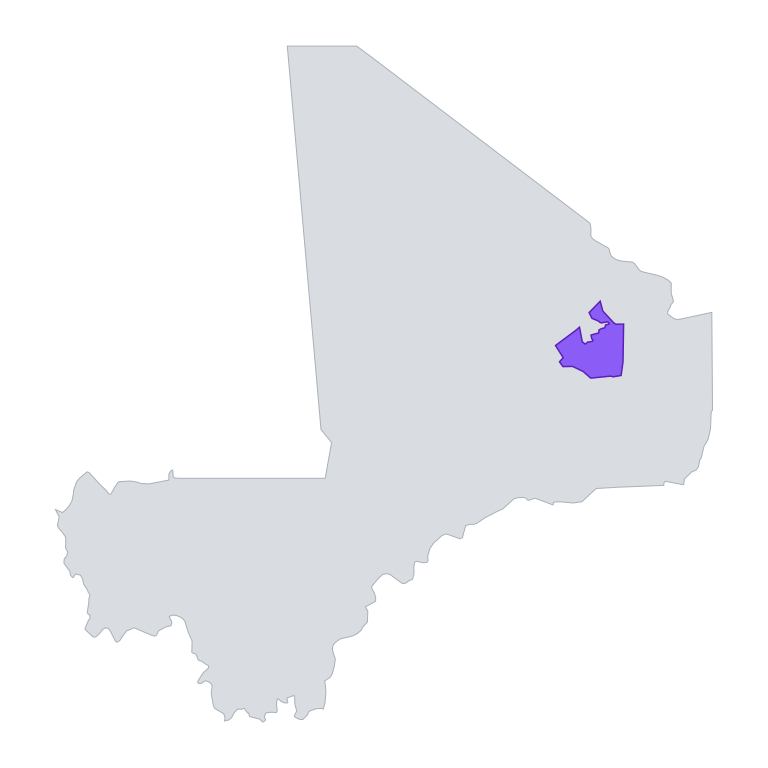 Kidal, Kidal, Mali shown in context
{"feature_id": "8926073B1219027063836", "entity_name": "Kidal", "entity_type": "district", "adm_level": 2, "iso_a3": "MLI", "parent_name": "Mali", "parent_adm1": "Kidal", "projection": "robinson", "projection_center": [1.27, 18.544], "detail": "fine", "context": "in_parent", "style": "filled", "palette": "violet", "viewbox_px": 768, "rotation_deg": 0, "n_neighbors": 0, "source": "geoboundaries", "source_scale": "gbopen_adm2", "svg_char_len": 4259}
<svg xmlns="http://www.w3.org/2000/svg" viewBox="0 0 768 768"><path d="M89.7,619.0L90.0,615.6L87.4,613.2L87.3,612.1L88.9,602.1L88.8,599.6L89.9,594.6L88.2,592.3L87.8,590.6L83.7,584.2L82.5,578.7L80.4,575.1L75.5,574.0L73.7,577.0L72.5,577.6L70.7,575.3L70.1,573.4L70.1,571.7L63.9,563.1L64.3,558.5L66.7,556.1L67.7,552.1L65.4,547.6L65.8,543.2L65.6,537.0L61.9,531.7L59.5,529.3L57.4,525.6L59.2,516.9L55.5,509.6L62.5,512.5L65.8,509.8L69.1,506.1L71.9,501.1L73.2,495.0L73.8,489.8L76.7,481.6L80.1,477.6L87.1,471.9L89.0,472.5L100.1,484.6L106.5,490.8L108.8,494.0L110.9,494.1L114.2,488.1L117.6,482.9L119.0,481.7L130.3,481.0L136.3,482.0L141.5,483.5L149.0,483.9L168.7,480.1L169.0,477.6L168.8,474.8L169.6,472.6L171.3,470.5L172.7,470.1L173.2,477.0L174.8,478.0L179.5,478.3L325.2,478.3L331.6,442.5L321.0,429.5L287.3,46.1L356.6,46.1L368.5,54.8L590.0,223.2L591.0,228.7L590.8,236.2L592.5,238.5L595.7,240.9L608.3,248.1L609.3,249.5L609.8,252.5L611.3,256.2L613.9,258.3L617.1,259.9L620.9,261.0L632.3,262.1L634.8,263.8L639.7,270.5L642.4,271.8L657.9,275.4L662.9,277.2L668.3,280.2L671.2,283.0L671.2,293.4L673.3,300.2L673.3,301.9L670.9,304.7L670.3,306.7L667.5,312.1L668.0,314.2L673.4,318.3L676.1,319.4L679.1,319.4L711.8,312.4L712.5,410.1L711.2,411.6L710.5,428.9L708.1,439.1L703.9,446.6L701.2,457.9L699.7,460.1L698.5,466.6L696.1,470.2L691.9,471.7L684.4,478.9L683.7,484.7L666.1,481.5L664.8,481.6L664.1,482.3L663.7,485.4L618.3,487.2L596.1,488.5L582.0,501.7L572.9,503.0L561.6,501.9L555.7,501.8L553.4,502.6L553.0,504.9L535.0,498.2L528.2,500.4L527.1,499.6L526.3,498.2L523.0,497.4L517.8,497.7L514.1,498.7L502.5,509.1L496.4,511.8L484.8,517.9L476.8,523.3L473.9,524.3L469.5,524.5L465.7,525.6L462.4,537.6L460.1,538.8L446.4,533.9L443.7,534.7L441.3,536.1L433.6,543.1L429.8,548.7L427.7,556.1L428.0,561.0L426.7,562.4L423.2,562.8L416.8,561.3L414.8,562.0L413.9,565.7L414.0,573.7L412.6,579.2L408.8,580.8L405.9,583.0L403.6,583.6L401.7,583.1L390.6,574.9L386.9,573.6L382.7,574.5L378.7,578.0L371.6,586.5L372.3,589.5L374.3,593.0L375.7,597.4L375.6,601.3L365.4,606.8L367.8,611.0L367.4,622.1L362.7,627.1L361.1,630.4L356.6,634.0L352.6,636.0L340.3,638.9L335.3,642.4L333.0,645.3L332.4,648.3L332.9,651.8L335.3,659.2L334.4,665.8L332.3,673.6L330.4,677.0L324.7,681.0L325.5,686.1L325.9,693.3L325.0,702.7L323.2,709.1L321.9,708.4L316.4,708.7L310.4,710.7L308.3,712.3L307.8,714.5L302.7,719.6L299.4,719.3L296.2,717.9L294.5,716.5L294.4,715.7L296.4,711.6L296.5,710.2L294.6,703.0L295.0,701.2L294.2,695.8L293.8,695.5L287.2,697.9L286.9,698.9L287.9,702.4L287.2,703.0L284.9,702.9L281.6,701.8L278.0,698.6L277.1,699.6L276.7,702.1L276.5,705.1L277.3,710.6L276.4,712.5L270.8,712.2L266.1,712.9L264.9,714.8L264.4,717.0L265.5,719.4L265.3,720.4L263.3,721.9L262.4,721.9L259.9,719.2L249.5,716.6L248.7,713.0L247.5,712.9L244.2,708.4L242.8,708.6L241.6,709.3L237.7,709.0L234.1,712.9L231.5,717.7L228.7,720.0L224.4,721.0L225.1,718.0L223.8,713.8L214.9,708.5L213.5,706.3L211.3,694.3L211.4,690.8L212.1,687.7L211.8,685.2L210.9,683.4L208.2,681.6L205.4,680.7L201.8,683.1L200.1,683.5L198.5,683.4L197.7,682.5L197.8,681.3L201.8,674.9L203.7,672.2L207.5,669.1L208.5,667.5L208.6,666.3L208.2,665.4L205.7,664.2L201.8,661.2L199.8,660.9L198.0,659.5L196.2,654.8L195.3,653.9L193.5,653.4L191.8,652.3L192.1,641.0L188.3,632.5L185.0,621.7L183.3,619.1L180.2,617.0L176.5,615.5L173.1,615.1L169.3,616.3L169.3,617.3L171.4,620.8L171.8,622.7L171.4,624.6L170.7,625.8L165.5,627.0L158.6,630.9L156.3,635.5L154.8,636.1L152.1,635.5L134.1,627.8L126.4,631.1L121.4,637.9L120.2,640.1L117.8,642.0L116.6,642.0L115.2,640.7L110.0,630.5L107.8,628.1L104.9,628.0L102.5,629.7L99.9,633.1L96.6,636.3L94.6,637.2L92.8,636.7L85.4,629.8L85.1,628.4L88.5,620.2L89.7,619.0Z" fill="#d9dde1" stroke="#a8b0b8" stroke-width="1"/><path d="M591.2,378.1L610.7,376.1L613.1,376.8L621.1,375.5L623.0,361.7L623.6,324.1L615.7,324.2L613.6,322.7L602.8,311.0L600.2,301.2L589.1,312.6L591.9,318.3L596.2,320.1L598.3,321.0L599.9,322.4L601.5,322.9L604.2,322.4L607.4,321.8L609.0,322.9L609.0,324.1L605.6,324.9L604.7,327.9L601.7,328.5L599.0,329.9L598.7,332.9L591.1,335.0L591.6,338.5L593.0,340.2L592.4,341.2L590.6,341.7L587.8,342.0L585.3,344.1L582.3,341.9L579.5,327.2L575.6,330.5L555.5,345.5L563.2,357.7L559.5,361.8L562.9,366.6L572.5,366.4L583.2,371.5L590.3,377.8L591.2,378.1Z" fill="#8b5cf6" stroke="#5b21b6" stroke-width="1.5"/></svg>